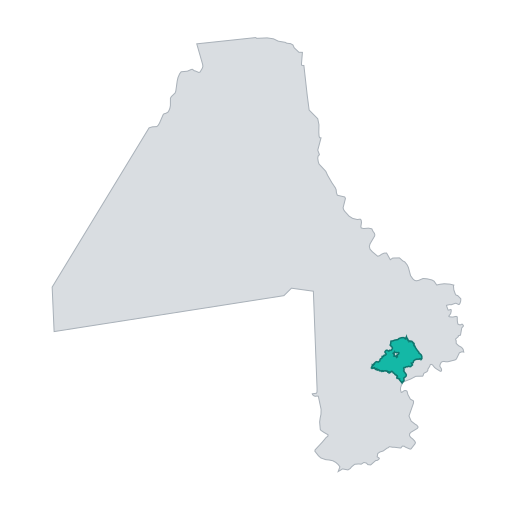 location of Kati, Koulikoro, Mali, rotated 268°
{"feature_id": "8926073B85176458631238", "entity_name": "Kati", "entity_type": "district", "adm_level": 2, "iso_a3": "MLI", "parent_name": "Mali", "parent_adm1": "Koulikoro", "projection": "orthographic", "projection_center": [-8.119, 12.599], "detail": "fine", "context": "in_parent", "style": "filled", "palette": "teal", "viewbox_px": 512, "rotation_deg": 268, "n_neighbors": 0, "source": "geoboundaries", "source_scale": "gbopen_adm2", "svg_char_len": 8850}
<svg xmlns="http://www.w3.org/2000/svg" viewBox="0 0 512 512"><g transform="rotate(268 256 256)"><path d="M60.7,397.6L60.9,395.6L59.1,394.1L59.1,393.4L60.1,387.3L60.1,385.8L60.8,382.7L59.7,381.3L59.4,380.3L56.7,376.3L55.8,373.0L54.4,370.8L51.1,370.1L49.9,371.9L49.1,372.2L47.9,370.8L47.4,369.7L47.5,368.6L43.2,363.3L43.6,360.5L45.2,359.1L45.9,356.6L44.3,353.9L44.6,351.2L44.4,347.4L42.0,344.2L40.3,342.7L39.0,340.4L40.2,335.1L37.7,330.6L42.4,332.5L44.7,330.9L46.9,328.6L48.7,325.6L49.6,321.9L50.0,318.7L51.9,313.8L54.2,311.4L58.9,308.0L60.2,308.3L67.7,315.8L72.0,319.6L73.5,321.6L74.9,321.7L77.1,318.1L79.4,314.9L80.3,314.2L87.9,313.8L91.9,314.5L95.5,315.4L100.5,315.7L113.7,313.4L113.9,312.0L113.7,310.2L114.3,308.9L115.4,307.7L116.3,307.4L116.7,311.6L117.8,312.2L120.9,312.4L218.8,312.1L222.6,290.3L215.4,282.5L187.5,51.6L232.0,51.2L239.8,56.3L387.8,153.6L388.7,156.9L388.8,161.4L390.0,162.8L392.2,164.2L400.6,168.2L401.3,169.0L401.7,170.8L402.8,173.0L404.6,174.2L406.7,175.1L409.2,175.7L416.7,176.0L418.3,177.0L421.8,180.9L423.6,181.6L433.8,183.4L437.1,184.3L440.7,186.0L442.7,187.6L443.1,193.9L444.7,197.9L444.8,199.0L443.3,200.7L443.0,201.9L441.4,205.3L441.8,206.5L445.5,208.9L447.2,209.5L449.2,209.4L470.1,204.2L474.3,263.3L473.5,264.3L473.6,274.8L472.4,281.1L469.9,285.8L468.5,292.7L467.6,294.1L467.0,298.0L465.6,300.3L462.8,301.4L458.1,306.0L457.9,309.5L446.1,308.1L445.3,308.2L444.9,308.6L444.7,310.5L414.7,312.8L400.0,314.2L391.0,322.5L385.0,323.5L377.4,323.1L373.5,323.2L372.0,323.7L371.8,325.1L359.6,321.4L355.2,322.9L354.4,322.4L353.8,321.6L351.6,321.1L348.2,321.5L345.7,322.2L338.2,328.7L334.1,330.4L326.6,334.4L321.3,337.7L319.4,338.4L316.4,338.6L313.9,339.4L311.9,346.7L310.4,347.4L301.1,344.7L299.3,345.2L297.7,346.1L292.6,350.4L290.2,353.9L288.9,358.5L289.2,361.4L288.3,362.3L285.9,362.6L281.6,361.8L280.3,362.2L279.7,364.5L279.9,369.4L279.1,372.7L276.5,373.8L274.6,375.1L273.0,375.5L271.7,375.2L264.2,370.4L261.6,369.6L258.8,370.2L256.2,372.4L251.5,377.6L252.0,379.5L253.4,381.6L254.4,384.2L254.4,386.6L247.6,390.1L249.2,392.6L249.1,399.3L246.0,402.5L244.9,404.5L241.9,406.7L239.2,407.9L230.9,409.8L227.6,412.0L226.0,413.8L225.6,415.6L226.0,417.8L227.7,422.2L227.2,426.3L225.9,431.0L224.6,433.1L220.7,435.6L221.3,438.7L221.7,443.1L221.1,448.8L220.0,452.7L219.1,452.3L215.3,452.5L211.2,453.8L209.8,454.7L209.5,456.1L206.1,459.2L203.8,459.0L201.6,458.2L200.5,457.4L200.4,456.9L201.7,454.4L201.8,453.6L200.4,449.2L200.7,448.1L200.1,444.8L199.8,444.6L195.3,446.1L195.2,446.7L195.8,448.8L195.4,449.2L193.8,449.1L191.6,448.5L189.1,446.5L188.5,447.2L188.3,448.7L188.1,450.5L188.7,453.9L188.1,455.0L184.3,454.9L181.1,455.3L180.3,456.5L180.0,457.8L180.7,459.3L180.6,459.9L179.3,460.8L178.7,460.8L176.9,459.1L169.8,457.6L169.2,455.4L168.4,455.4L166.1,452.6L165.2,452.7L164.4,453.1L161.7,453.0L159.3,455.3L157.5,458.3L155.6,459.7L152.7,460.3L153.1,458.5L152.2,455.9L146.1,452.7L145.2,451.4L143.6,444.1L143.7,441.9L144.1,440.0L143.9,438.5L143.3,437.4L141.4,436.3L139.5,435.8L137.1,437.2L135.9,437.5L134.9,437.4L134.3,436.8L134.4,436.1L137.0,432.2L138.3,430.6L140.9,428.7L141.5,427.7L141.6,427.0L141.4,426.4L139.6,425.7L137.0,423.9L135.6,423.7L134.4,422.8L133.1,420.0L132.5,419.4L131.3,419.1L130.1,418.4L130.2,411.5L127.7,406.4L125.4,399.8L124.2,398.2L122.1,396.9L119.5,395.9L117.2,395.7L114.6,396.4L114.7,397.1L116.1,399.2L116.4,400.3L116.1,401.5L115.6,402.2L112.1,403.0L107.5,405.3L105.9,408.1L104.9,408.4L103.1,408.1L90.8,403.3L85.6,405.3L82.2,409.4L81.4,410.7L79.8,411.9L78.9,411.9L78.0,411.1L74.5,404.8L73.0,403.3L71.0,403.2L69.4,404.2L67.6,406.3L65.4,408.2L64.0,408.8L62.8,408.4L57.8,404.2L57.6,403.3L59.9,398.4L60.7,397.6Z" fill="#d9dde1" stroke="#a8b0b8" stroke-width="1"/><path d="M124.1,397.5L124.6,397.7L124.9,397.8L125.0,397.9L125.1,398.1L125.3,398.3L125.2,398.5L125.3,398.6L125.5,398.7L125.5,398.9L126.0,399.2L126.1,399.4L126.4,399.6L126.8,399.6L128.8,399.4L129.8,400.8L130.7,401.8L131.9,402.1L132.1,402.0L132.9,401.7L136.0,399.5L136.7,400.0L137.4,400.0L138.8,399.6L139.4,400.0L139.3,400.9L139.4,401.5L140.0,402.0L140.1,402.4L140.0,403.7L140.5,404.5L140.0,406.2L140.1,406.8L140.6,407.2L141.7,408.6L143.4,407.6L143.4,407.9L143.7,408.5L143.8,409.1L144.1,409.4L145.4,409.8L145.9,410.1L146.1,410.3L146.3,410.7L146.5,411.1L146.7,411.4L147.0,411.8L147.1,412.5L147.3,412.8L147.1,413.2L147.1,413.5L147.3,413.9L147.4,414.4L147.2,414.8L147.1,415.1L147.1,415.4L147.2,415.6L147.3,415.7L147.7,416.0L147.6,416.7L147.4,417.0L146.9,417.2L146.7,417.3L147.0,417.6L147.7,418.2L149.1,418.2L149.6,418.2L150.0,418.2L151.5,417.6L153.2,415.8L153.3,415.4L154.1,415.4L156.2,413.8L159.1,412.0L159.3,412.0L159.6,411.9L159.9,411.8L160.1,411.6L160.4,411.2L160.7,410.9L160.8,410.8L160.9,410.7L161.2,410.7L161.2,410.8L161.3,410.7L161.6,410.8L161.8,410.8L162.1,410.8L162.4,411.0L162.6,411.0L162.8,410.8L163.0,410.8L163.0,410.6L163.3,410.4L163.4,410.5L163.5,410.4L163.6,410.1L163.4,410.1L163.7,409.9L163.9,409.9L164.0,409.9L164.1,409.6L164.3,409.7L164.5,409.6L164.7,409.3L165.0,409.1L165.2,408.9L165.2,408.7L165.4,408.6L165.4,408.4L165.3,407.9L165.5,407.7L165.4,407.6L165.5,407.3L165.5,407.2L165.4,407.3L165.2,407.2L165.3,407.1L165.5,407.0L165.5,406.8L165.6,406.7L165.6,406.4L165.4,406.2L165.5,406.2L165.7,405.8L165.8,405.8L165.9,405.4L166.1,405.4L166.2,405.5L166.3,405.3L166.3,405.0L166.5,404.9L167.0,404.9L167.0,404.5L167.1,404.4L167.2,404.5L167.3,404.5L167.5,404.4L167.7,404.6L167.9,404.4L168.1,404.3L168.0,404.2L167.9,404.2L168.2,404.1L168.3,403.9L168.5,403.8L168.6,404.0L168.7,403.9L169.0,403.6L169.5,403.8L169.6,403.7L169.7,403.4L169.9,403.4L168.0,402.3L169.3,401.0L169.3,398.6L168.6,396.1L167.5,394.8L167.1,391.7L166.4,389.9L166.2,387.9L163.5,387.5L162.4,387.0L162.1,387.0L161.9,387.2L161.7,387.5L161.5,387.8L160.8,388.0L160.7,388.3L160.3,388.7L159.7,389.1L158.8,389.1L158.4,388.9L157.9,388.5L157.0,387.8L157.1,386.1L156.2,385.4L157.3,383.7L157.2,382.8L156.0,381.6L155.0,381.6L154.0,382.5L153.1,382.6L152.4,381.8L152.5,380.7L151.9,380.2L151.2,380.0L151.1,379.3L151.3,379.0L151.3,378.6L150.9,378.5L150.2,378.5L149.4,378.1L148.8,376.7L148.0,376.3L146.8,376.1L146.1,375.0L145.7,374.6L146.0,373.6L146.2,372.7L145.9,372.0L145.8,371.8L145.4,371.4L145.1,371.3L145.0,371.0L144.8,370.7L144.6,370.6L144.4,370.5L144.1,370.3L144.0,370.0L143.8,370.1L143.8,369.9L143.6,369.5L143.4,369.4L143.3,369.6L142.8,369.4L143.0,369.1L142.9,368.9L142.7,368.6L142.8,368.5L142.7,368.5L142.4,368.4L142.0,368.3L141.8,368.1L141.6,368.2L141.4,368.1L141.1,368.2L140.8,368.1L140.6,367.8L140.6,367.5L140.3,367.4L140.1,367.4L140.1,367.6L140.0,367.8L139.8,368.1L139.6,368.1L139.6,368.6L139.9,368.7L139.9,369.0L139.8,369.3L140.1,369.5L140.0,369.8L139.9,370.1L140.0,370.4L140.0,370.2L140.3,370.4L140.2,370.7L139.6,370.9L139.5,370.7L139.3,370.8L139.2,370.9L138.8,371.3L138.6,371.4L138.5,371.6L138.8,371.8L138.8,372.1L138.9,372.3L138.5,372.2L138.3,372.3L138.5,372.6L138.4,372.7L138.5,373.0L138.4,373.1L138.2,373.3L137.8,373.4L137.9,373.6L138.1,373.9L138.3,373.8L138.2,374.2L138.1,374.3L137.9,374.4L137.9,374.6L138.0,374.7L138.0,374.8L137.6,375.0L137.4,375.1L137.4,375.3L137.3,375.5L137.0,375.5L137.0,375.9L136.9,376.1L136.9,376.6L136.8,376.8L136.8,377.2L136.6,377.3L136.9,377.5L137.0,377.9L137.0,378.0L136.9,378.1L136.9,378.4L136.5,378.4L136.4,378.5L136.5,378.9L136.3,378.9L136.3,379.1L136.3,379.4L136.4,379.5L136.8,380.5L136.8,380.9L136.6,381.1L136.7,381.3L136.8,381.5L136.6,381.9L136.7,382.1L136.4,382.3L136.3,382.6L136.3,382.9L136.4,383.2L136.1,383.6L135.8,383.5L135.5,383.7L135.3,383.7L135.3,383.9L135.2,384.2L135.3,384.4L135.6,384.5L135.6,384.9L135.2,385.1L134.9,385.1L135.0,385.2L134.7,385.4L134.6,385.5L134.8,385.7L135.0,385.8L134.9,386.0L135.1,386.2L135.3,386.3L135.3,386.7L135.4,386.8L135.5,386.8L135.8,386.9L135.9,387.1L135.9,387.3L136.0,387.5L135.9,387.6L135.8,387.8L135.9,388.0L135.7,388.2L135.2,388.7L134.9,389.0L134.5,389.0L134.3,389.5L134.1,389.6L133.9,389.9L133.7,390.3L133.3,390.5L133.2,390.5L132.4,391.1L132.5,391.6L132.2,391.7L132.2,391.9L131.7,392.4L131.6,392.5L131.4,392.8L131.2,392.8L131.2,393.0L130.7,393.0L130.4,393.1L130.3,392.8L130.3,392.7L130.1,392.7L129.7,392.5L129.4,392.5L129.2,392.5L128.8,392.7L128.8,392.8L128.7,393.7L128.2,394.6L128.1,395.0L127.8,394.8L126.7,395.5L124.1,397.5ZM154.3,390.5L154.5,390.5L154.8,390.7L154.7,390.7L154.8,391.0L154.8,392.7L154.4,393.1L154.6,395.1L154.2,395.5L152.8,394.9L152.2,393.5L152.0,393.4L151.9,393.3L151.7,393.2L151.5,392.9L151.4,392.9L151.2,393.0L151.2,393.3L151.3,393.7L150.9,393.7L150.6,393.8L150.3,393.8L150.3,393.7L150.4,393.4L150.2,393.2L150.3,393.2L150.2,393.0L150.3,392.9L150.4,393.0L150.5,392.9L150.6,392.5L150.7,392.3L151.0,391.1L151.2,390.5L151.3,390.6L151.4,390.8L151.5,391.1L151.8,391.1L152.0,391.0L152.0,390.9L152.0,390.7L151.9,390.7L152.0,390.7L151.9,390.6L152.3,390.5L152.9,390.5L154.0,389.7L154.2,390.2L154.2,390.3L154.3,390.4L154.3,390.5L154.3,390.5Z" fill="#14b8a6" stroke="#0f766e" stroke-width="1.5"/></g></svg>